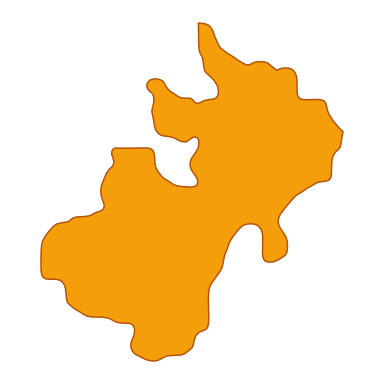 Partido, Dajabón, Dominican Republic (Equal Earth projection)
{"feature_id": "3306468B74633928052065", "entity_name": "Partido", "entity_type": "district", "adm_level": 2, "iso_a3": "DOM", "parent_name": "Dominican Republic", "parent_adm1": "Dajabón", "projection": "equal_earth", "projection_center": [-71.507, 19.499], "detail": "fine", "context": "isolated", "style": "filled", "palette": "amber", "viewbox_px": 384, "rotation_deg": 0, "n_neighbors": 0, "source": "geoboundaries", "source_scale": "gbopen_adm2", "svg_char_len": 4718}
<svg xmlns="http://www.w3.org/2000/svg" viewBox="0 0 384 384"><path d="M115.1,148.1L113.0,149.3L112.4,150.1L112.0,151.0L111.7,152.1L111.8,154.4L113.4,159.4L113.8,161.7L113.5,164.0L113.2,165.1L112.0,166.8L109.7,168.9L108.3,170.6L106.3,173.6L102.2,183.5L101.4,186.0L101.1,187.5L100.8,190.4L101.1,194.8L101.6,197.5L103.7,203.0L104.2,205.3L103.9,207.7L103.4,208.8L102.7,209.7L101.0,210.8L96.1,212.4L91.2,215.1L89.0,215.9L85.2,216.5L77.6,216.9L74.2,217.5L72.3,218.5L69.4,220.9L67.5,221.9L59.1,223.3L56.6,224.1L54.4,225.6L52.4,227.4L48.5,231.8L45.1,236.5L42.9,240.5L41.9,243.5L41.3,248.5L41.0,255.2L41.0,267.0L41.1,270.2L41.4,273.2L42.3,275.9L43.0,277.0L43.9,277.9L44.9,278.5L46.0,278.9L48.3,279.2L55.6,279.3L58.0,279.6L60.4,280.5L62.3,282.0L63.8,284.0L64.4,285.1L65.3,287.8L65.8,290.9L66.4,298.5L67.0,301.2L67.6,302.4L69.0,304.2L75.1,309.2L80.2,312.1L85.0,315.2L87.2,316.1L90.9,316.9L102.4,317.2L107.4,317.9L109.8,318.6L114.7,321.4L116.9,322.3L120.6,323.0L129.1,323.4L131.3,324.0L132.3,324.7L133.2,325.6L133.8,326.7L134.2,327.9L134.5,329.2L134.5,331.9L134.1,334.5L133.8,335.8L131.5,341.3L130.9,343.9L130.9,346.7L131.5,349.3L132.7,351.5L134.3,353.4L135.2,354.1L142.2,357.8L146.7,359.8L149.7,360.6L152.0,360.9L154.4,361.0L156.7,360.7L158.9,360.0L164.8,356.8L167.2,356.0L170.9,355.6L179.9,355.1L182.4,354.6L184.6,353.7L190.0,349.7L191.6,348.2L192.3,347.3L193.2,345.0L194.3,340.0L195.1,337.5L195.6,336.4L196.9,334.4L198.5,332.8L199.4,332.1L205.1,329.8L206.8,328.5L207.4,327.4L207.9,326.1L208.3,324.7L208.6,321.8L208.8,317.0L208.4,301.9L208.5,295.2L208.9,290.3L209.7,287.2L210.2,285.8L211.6,283.2L219.3,272.5L221.5,268.7L222.1,267.3L222.8,264.5L224.4,256.0L227.2,248.7L229.0,243.4L230.2,241.0L232.5,237.3L236.1,232.4L239.0,229.0L242.1,226.1L243.3,225.3L245.8,224.4L248.4,223.9L251.0,223.8L253.6,224.0L256.1,224.7L257.3,225.3L259.1,226.9L260.7,228.9L261.3,230.1L261.8,231.4L262.5,234.4L262.7,239.1L262.5,253.4L262.8,256.2L263.5,258.9L264.2,260.0L265.1,260.9L267.1,261.8L270.3,262.1L274.7,261.5L279.8,258.9L283.3,256.6L285.1,255.3L285.8,254.4L286.4,253.2L286.9,252.0L287.3,249.3L287.5,246.4L287.4,243.5L287.0,240.5L286.2,237.7L285.6,236.3L284.2,233.9L280.3,228.2L279.1,225.7L278.6,224.3L278.3,222.9L278.3,220.0L278.5,218.6L279.5,215.9L280.9,213.5L282.5,211.2L289.7,202.3L294.4,197.1L297.4,194.5L301.6,192.2L307.2,188.2L311.4,186.0L316.2,183.0L319.5,181.9L325.0,181.3L327.1,180.9L329.0,179.9L329.8,179.1L330.5,178.0L331.0,176.7L331.4,173.9L331.7,163.0L332.3,158.3L333.2,155.7L334.4,153.5L335.8,151.8L338.9,148.9L340.1,147.0L340.9,144.5L342.1,136.1L343.0,131.6L339.8,128.6L336.8,125.3L333.0,120.6L330.5,116.8L329.0,114.2L327.8,111.5L326.0,104.0L324.9,101.9L324.0,101.0L321.9,100.0L318.3,99.4L306.6,99.8L302.9,99.6L300.6,98.9L299.6,98.3L298.6,97.4L298.0,96.2L297.5,94.9L297.1,92.1L297.0,81.3L296.5,76.7L296.1,75.2L295.0,72.8L293.5,70.7L292.6,69.9L291.6,69.2L289.4,68.3L285.9,67.9L283.5,68.1L281.1,68.5L276.6,70.2L268.1,63.4L267.1,62.8L264.8,62.0L261.3,61.6L256.6,61.9L254.3,62.4L249.7,64.6L247.9,65.0L246.9,64.9L245.1,64.2L238.3,60.5L232.7,56.4L227.6,53.5L221.3,48.6L219.7,47.0L218.5,44.9L214.9,36.9L212.7,30.5L211.4,28.3L209.9,26.4L208.0,24.9L205.8,24.0L203.5,23.5L198.4,23.0L198.7,44.7L199.1,49.3L199.7,52.0L200.1,53.2L202.1,56.8L202.5,58.0L203.0,60.6L204.0,67.8L204.7,70.5L205.3,71.7L206.8,73.4L211.3,77.4L214.0,80.4L216.4,83.9L217.6,86.5L218.2,89.3L218.4,92.1L218.0,94.7L217.5,96.0L216.8,97.1L215.9,98.0L213.7,99.0L205.4,100.2L203.3,101.0L199.6,102.9L197.7,103.3L196.8,103.3L195.1,102.6L192.2,99.3L190.8,98.5L189.1,98.2L184.0,98.2L181.8,97.9L179.5,97.2L177.5,96.1L170.7,91.6L168.9,90.1L166.6,87.4L163.7,82.3L162.9,81.4L162.0,80.6L159.8,79.6L157.4,79.0L154.9,78.9L152.5,79.1L151.3,79.5L150.1,80.0L148.4,81.5L147.2,83.5L146.9,84.6L146.8,85.9L147.0,87.2L147.9,89.2L149.1,90.7L151.9,93.1L152.6,93.9L153.5,96.1L153.8,98.6L153.8,101.3L153.5,103.9L152.0,109.6L151.9,111.9L153.4,119.2L154.5,126.1L155.3,128.9L156.5,131.2L158.1,133.2L159.0,134.0L161.1,135.2L163.6,135.9L169.9,136.7L172.4,137.3L174.6,138.1L178.5,140.3L180.6,141.2L182.9,141.7L186.1,142.0L191.7,138.1L193.4,137.2L194.4,137.0L195.4,137.0L196.5,137.4L197.4,138.1L198.2,139.3L198.6,140.5L198.9,143.1L198.6,145.8L198.3,147.2L197.9,148.5L196.7,150.8L193.8,155.0L191.8,158.1L190.7,160.3L190.1,163.0L190.1,165.8L190.4,167.2L191.4,169.8L192.8,172.1L195.8,176.3L197.0,178.4L197.7,180.9L197.7,182.2L197.4,183.5L196.9,184.7L196.1,185.6L194.1,186.6L191.9,186.9L189.6,187.0L182.0,186.6L176.9,185.8L173.5,184.5L168.7,181.3L164.6,178.9L162.5,177.2L160.7,175.2L158.1,171.8L156.1,167.9L155.6,166.5L155.0,163.4L154.5,155.8L154.0,153.0L153.5,151.7L152.8,150.5L151.9,149.6L150.9,148.9L148.6,148.2L144.9,147.9L128.7,148.2L115.1,148.1Z" fill="#f59e0b" stroke="#b45309" stroke-width="1.5"/></svg>